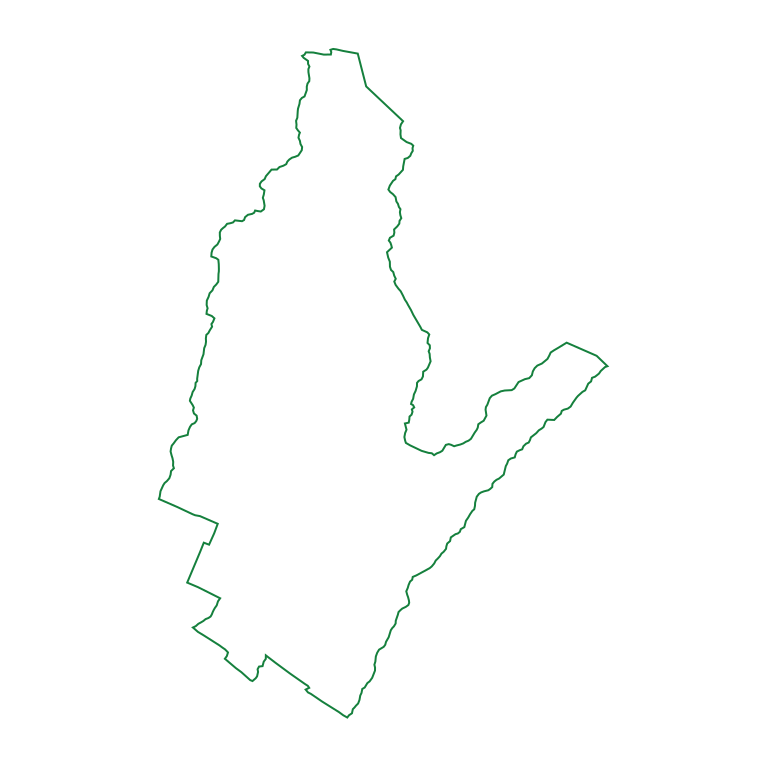 outline of Githunguri, Central, Kenya, rotated 91°
{"feature_id": "3690345B4833769757076", "entity_name": "Githunguri", "entity_type": "district", "adm_level": 2, "iso_a3": "KEN", "parent_name": "Kenya", "parent_adm1": "Central", "projection": "albers", "projection_center": [36.787, -1.05], "detail": "fine", "context": "isolated", "style": "outline", "palette": "green", "viewbox_px": 768, "rotation_deg": 91, "n_neighbors": 0, "source": "geoboundaries", "source_scale": "gbopen_adm2", "svg_char_len": 6139}
<svg xmlns="http://www.w3.org/2000/svg" viewBox="0 0 768 768"><g transform="rotate(91 384 384)"><path d="M352.1,171.9L339.5,202.1L345.2,211.1L347.2,214.4L349.6,217.9L352.8,219.3L356.1,221.0L360.8,226.5L362.9,231.0L365.5,233.6L368.8,235.4L372.7,236.3L375.6,238.9L376.7,243.2L379.7,249.5L386.2,253.6L387.9,256.2L388.4,263.2L389.3,267.1L392.2,272.4L393.8,275.9L396.3,278.0L402.9,280.3L405.3,281.7L407.9,282.0L413.8,281.0L419.0,283.7L420.7,286.4L422.6,289.0L426.0,289.5L428.2,290.5L430.9,292.4L437.3,296.1L439.2,298.5L440.4,301.3L442.0,303.7L443.2,306.7L444.2,310.4L445.0,312.8L443.6,315.9L443.0,318.2L443.8,321.1L449.7,324.5L451.2,326.8L452.5,330.1L454.3,332.7L452.4,335.0L452.1,338.3L450.2,345.2L444.9,356.8L442.5,361.1L440.1,361.9L436.7,362.7L432.6,362.0L429.3,360.7L423.1,362.4L422.2,358.6L419.3,358.1L416.1,357.9L414.2,355.9L411.2,355.0L408.9,355.7L406.9,353.4L404.7,354.5L403.5,356.6L401.3,356.1L398.3,354.6L393.9,353.9L390.4,352.3L385.7,351.0L382.3,351.0L380.4,349.5L378.7,346.6L375.8,345.2L371.0,345.0L368.9,341.8L366.9,340.4L360.5,337.8L356.6,338.6L353.1,338.9L350.5,339.9L347.5,338.7L344.5,338.9L342.2,341.2L337.5,340.8L333.7,339.6L331.6,341.6L329.2,347.1L326.2,348.7L314.4,355.9L309.6,358.3L304.6,361.3L302.2,362.6L299.3,364.6L295.4,366.5L291.0,368.9L288.5,371.2L284.7,374.1L281.4,375.5L278.6,374.1L275.4,375.7L271.9,376.7L269.8,379.0L266.6,380.1L261.6,380.3L257.5,382.0L252.2,383.3L247.5,378.5L244.9,379.2L242.5,380.1L240.5,381.7L237.7,380.6L235.5,377.0L232.5,376.3L229.3,376.6L226.2,373.5L223.4,371.5L220.6,371.3L217.9,369.6L214.9,370.6L211.9,371.1L208.9,370.6L206.7,372.2L203.6,373.2L201.3,374.8L196.9,375.7L194.0,378.4L191.9,381.2L189.5,383.0L185.5,381.6L180.7,378.5L179.0,376.2L176.2,375.6L174.3,373.0L169.5,368.8L166.1,368.6L158.6,367.3L157.6,364.2L155.4,361.7L152.9,360.8L150.4,359.3L147.6,359.6L145.2,358.9L143.4,360.9L141.7,365.6L137.8,371.3L134.1,371.9L130.0,371.8L127.7,372.5L124.1,371.6L120.9,369.5L86.8,407.0L54.1,416.0L51.7,430.7L50.3,437.3L49.9,440.7L50.8,443.4L53.1,442.5L55.5,442.9L55.7,450.0L53.8,460.5L53.8,467.9L56.2,469.3L57.4,471.6L59.3,470.0L62.3,465.6L65.3,465.5L67.9,464.1L70.5,465.1L73.5,465.0L79.6,463.9L82.5,464.0L84.9,465.7L88.1,466.4L91.4,466.3L97.9,468.5L99.4,471.1L101.8,473.0L105.4,473.4L110.3,474.8L112.6,475.0L119.3,475.3L122.4,476.5L126.2,476.0L129.5,476.2L131.9,474.5L134.1,472.5L136.3,473.3L139.3,473.8L142.4,472.3L145.5,471.7L148.5,470.0L151.7,470.3L157.0,473.7L158.4,476.9L159.3,479.9L161.2,482.6L163.3,484.5L165.9,485.6L167.5,488.4L168.9,492.3L171.4,494.7L171.6,500.2L178.3,505.7L181.2,506.9L183.6,510.0L186.0,511.6L188.5,511.6L190.6,510.0L192.4,506.9L196.7,507.5L200.0,508.4L202.4,507.5L207.9,506.5L211.4,507.1L213.7,510.2L213.3,513.2L212.8,515.9L215.0,516.8L216.2,518.8L217.2,523.0L219.6,525.8L222.5,526.8L223.7,528.8L223.0,535.9L225.1,537.8L225.9,540.4L226.6,543.7L229.3,545.7L230.9,547.7L232.6,549.5L235.3,550.8L238.8,550.7L241.8,550.3L244.3,551.4L247.4,553.0L249.9,555.9L252.5,557.8L255.8,558.7L259.5,558.9L261.2,553.9L262.7,551.8L267.1,551.3L271.9,551.1L274.3,551.1L276.8,551.4L284.7,551.5L287.5,553.5L289.9,555.8L293.4,557.2L296.3,559.9L299.9,560.9L303.7,562.6L308.1,562.7L311.4,561.7L313.8,562.4L317.0,562.7L319.0,557.4L321.3,554.7L324.9,556.1L327.1,557.6L329.7,556.9L333.3,559.1L336.1,560.5L338.0,562.5L341.5,562.9L344.8,562.7L348.0,563.1L351.3,564.4L357.4,565.0L363.4,567.1L367.3,567.3L370.6,569.0L374.1,570.0L382.0,570.9L384.3,570.8L386.2,572.4L389.4,572.5L392.3,573.3L395.4,575.2L398.9,576.1L401.9,577.4L404.2,577.8L408.5,574.9L410.9,573.7L413.7,574.5L416.8,573.5L418.9,570.8L422.1,570.2L424.4,571.1L426.4,572.7L427.7,575.5L430.2,577.2L433.8,578.7L438.3,579.4L440.9,588.4L443.9,591.1L447.2,593.4L449.3,595.1L452.2,595.8L455.2,596.2L459.2,595.1L461.8,594.2L465.5,593.4L469.3,593.5L471.9,592.6L474.8,595.4L478.4,595.8L482.0,597.0L484.9,599.4L486.8,601.6L489.1,603.0L495.1,605.6L500.6,606.3L502.9,607.1L510.7,588.3L517.5,573.2L518.5,570.6L519.3,565.7L526.7,547.8L536.3,551.2L547.7,556.1L545.8,561.4L555.0,564.9L586.0,577.3L590.4,566.4L601.1,544.1L604.2,546.2L608.3,547.4L610.9,549.2L612.9,550.3L615.1,551.3L617.3,552.1L619.5,553.3L621.0,555.4L622.2,558.3L624.1,560.5L625.7,563.1L627.0,565.4L629.4,568.0L630.8,570.8L635.1,565.7L638.4,560.0L648.2,544.0L650.4,540.9L652.1,538.3L655.1,535.3L658.8,536.4L661.5,538.3L670.7,527.1L674.6,521.6L682.4,512.6L683.3,510.3L680.4,507.1L678.5,505.8L674.1,504.9L671.4,505.4L668.7,504.0L668.2,500.5L663.7,499.4L660.9,497.4L657.4,497.4L664.6,487.7L675.0,473.1L685.4,457.7L687.1,454.9L689.1,453.5L690.9,457.0L693.7,454.6L695.1,451.7L702.6,440.3L712.9,423.2L715.9,419.0L718.1,414.9L715.8,413.2L713.8,410.3L709.7,409.5L707.9,407.8L706.1,406.4L703.9,404.3L700.3,403.0L695.9,402.3L693.3,401.1L689.3,400.4L687.8,398.0L683.3,395.4L681.6,393.2L678.0,390.7L670.7,388.0L667.7,388.0L664.8,388.7L661.7,387.8L656.6,387.4L652.8,386.1L649.7,384.3L646.8,379.7L644.7,378.2L641.8,377.5L637.1,374.9L630.1,372.9L627.9,371.5L626.2,369.9L623.3,368.2L620.5,368.1L614.4,366.1L611.8,365.5L609.9,363.7L608.2,361.8L606.5,358.4L604.6,355.8L602.3,355.0L600.0,355.3L596.7,356.2L594.4,357.1L590.9,358.1L587.5,356.7L584.5,355.9L581.1,354.5L579.2,352.4L576.4,351.9L574.8,348.3L567.3,335.1L565.6,333.1L562.6,330.7L559.6,329.2L557.7,327.3L555.2,325.1L552.6,323.6L550.7,321.4L547.7,319.1L545.2,318.8L542.4,318.0L539.9,315.2L536.2,314.5L532.9,309.9L532.2,307.6L530.5,305.6L527.8,304.7L525.7,301.2L519.4,299.7L516.1,297.5L512.6,295.6L509.3,293.4L507.7,291.6L504.2,290.9L501.1,290.8L495.1,289.3L492.2,287.2L490.7,285.0L489.6,282.2L488.4,277.8L486.9,275.8L485.2,274.0L481.9,273.8L479.6,272.0L477.8,269.8L476.6,267.4L472.5,262.7L464.0,260.8L461.5,259.5L458.1,258.4L456.3,255.9L455.1,252.0L452.0,251.2L449.3,250.0L447.8,247.1L446.9,244.7L443.8,243.5L441.2,240.9L440.0,238.3L437.6,237.1L434.8,236.2L430.5,230.9L427.6,228.4L425.8,225.6L424.2,223.7L419.3,221.9L416.8,220.0L417.0,213.2L413.9,210.3L410.6,206.6L407.8,205.8L406.5,203.6L405.4,199.8L403.3,197.0L399.4,194.8L394.3,191.3L392.5,189.8L388.4,185.4L386.8,182.7L380.1,179.8L377.8,177.0L374.2,176.1L373.0,173.1L371.4,171.1L369.8,169.2L367.2,167.5L363.2,163.3L362.3,160.9L352.1,171.9Z" fill="none" stroke="#15803d" stroke-width="2"/></g></svg>